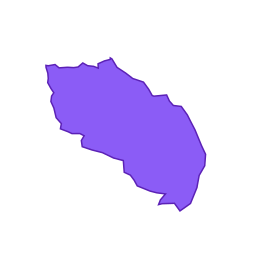 Lasa, Paphos, Cyprus, rotated 326°
{"feature_id": "46923920B95604780188390", "entity_name": "Lasa", "entity_type": "district", "adm_level": 2, "iso_a3": "CYP", "parent_name": "Cyprus", "parent_adm1": "Paphos", "projection": "natural_earth1", "projection_center": [32.523, 34.936], "detail": "fine", "context": "isolated", "style": "filled", "palette": "violet", "viewbox_px": 256, "rotation_deg": 326, "n_neighbors": 0, "source": "geoboundaries", "source_scale": "gbopen_adm2", "svg_char_len": 1001}
<svg xmlns="http://www.w3.org/2000/svg" viewBox="0 0 256 256"><g transform="rotate(326 128 128)"><path d="M95.0,30.2L93.9,32.0L92.2,37.7L89.6,42.3L86.8,45.5L86.2,52.3L86.2,57.3L82.5,58.8L78.9,62.9L77.7,70.0L74.2,79.3L75.2,87.1L71.5,90.9L76.3,97.7L78.4,101.3L85.0,105.7L87.3,109.9L82.3,112.3L79.6,117.9L85.8,126.0L93.0,134.1L99.3,144.9L105.9,152.4L100.1,162.6L103.6,168.4L103.9,174.6L103.3,181.2L107.3,187.1L111.0,192.6L115.6,197.8L122.2,203.6L114.7,205.7L110.5,208.6L113.9,209.8L124.4,216.4L124.7,225.8L137.6,225.5L151.9,215.9L153.2,214.5L160.5,207.1L170.5,202.2L171.6,200.8L177.6,193.2L179.1,183.6L182.5,167.0L183.6,157.4L184.5,150.4L184.2,139.9L178.2,134.7L177.4,128.9L178.5,122.2L167.3,116.1L166.2,114.6L166.8,107.6L166.5,98.6L159.6,89.6L156.8,81.2L152.8,71.6L153.3,61.7L152.5,60.0L151.6,61.2L146.0,59.2L139.1,58.0L136.8,61.7L134.0,57.7L129.4,53.8L126.9,48.8L120.7,49.5L116.8,47.6L111.8,43.8L104.5,39.6L103.0,34.6L96.7,31.8L95.0,30.2Z" fill="#8b5cf6" stroke="#5b21b6" stroke-width="1.5"/></g></svg>